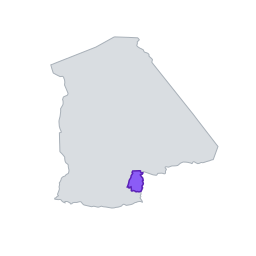 Naâma on a map of Algeria (orthographic projection), rotated 196°
{"feature_id": "DZA-2149", "entity_name": "Naâma", "entity_type": "Province", "adm_level": 1, "iso_a3": "DZA", "parent_name": "Algeria", "parent_adm1": "", "projection": "orthographic", "projection_center": [-0.771, 33.209], "detail": "fine", "context": "in_parent", "style": "filled", "palette": "violet", "viewbox_px": 256, "rotation_deg": 196, "n_neighbors": 0, "source": "natural_earth", "source_scale": "10m", "svg_char_len": 5051}
<svg xmlns="http://www.w3.org/2000/svg" viewBox="0 0 256 256"><g transform="rotate(196 128 128)"><path d="M178.7,39.4L179.0,39.9L179.0,40.4L178.3,40.9L177.9,41.2L177.4,42.5L176.4,43.4L176.3,43.7L176.3,44.0L177.1,44.3L177.3,44.6L177.5,45.1L177.3,46.9L177.1,50.0L177.2,50.7L177.6,51.5L177.9,52.1L178.1,52.8L178.1,54.6L178.6,55.6L178.9,56.5L178.4,57.7L178.2,58.8L178.1,60.3L178.2,61.2L177.8,62.1L177.3,62.9L176.7,63.5L176.0,64.0L175.2,64.6L174.6,66.2L173.1,67.6L172.8,68.1L172.8,69.1L172.9,70.5L173.3,71.6L174.2,73.2L175.0,75.0L175.2,75.9L175.5,76.3L176.5,76.8L178.2,77.5L178.5,77.8L179.4,78.9L180.4,81.1L180.8,82.6L183.8,84.7L186.8,86.4L187.0,86.7L189.1,93.4L189.9,95.8L192.6,104.4L191.8,105.0L190.9,105.7L191.7,106.8L193.2,108.6L194.1,110.1L194.5,110.7L195.2,112.6L195.9,114.5L196.1,115.0L196.4,116.5L196.5,120.5L197.3,125.5L198.1,128.0L197.5,130.3L197.0,132.5L197.1,133.6L197.6,135.3L198.1,136.5L198.7,137.1L198.7,139.2L198.6,140.0L197.2,141.3L195.6,142.5L195.2,143.4L195.1,144.4L195.4,145.1L200.8,151.8L201.0,152.5L201.3,154.5L202.3,156.9L203.2,157.9L203.6,158.7L204.3,159.3L204.9,159.6L205.3,159.6L207.4,158.7L211.2,159.4L214.8,160.2L215.1,160.4L217.5,164.0L219.6,167.4L181.2,196.9L176.9,201.2L166.7,211.4L165.9,211.9L151.9,215.4L144.6,217.1L144.3,217.2L143.9,217.3L143.6,217.3L142.9,217.0L142.2,216.5L141.7,216.2L141.5,215.8L141.8,215.2L142.2,214.6L142.3,214.2L142.5,213.9L142.8,213.6L142.8,213.2L142.6,212.7L142.3,211.8L142.3,210.3L142.3,209.6L141.6,209.1L140.3,208.5L139.1,208.2L138.6,208.0L137.3,207.9L135.5,207.5L134.8,207.3L133.7,205.9L133.1,205.5L130.4,205.4L129.5,205.2L128.8,204.9L128.1,204.4L127.8,203.7L127.7,203.0L127.4,202.7L124.5,201.3L123.7,200.8L123.3,200.3L123.3,199.6L123.3,198.7L123.2,197.9L123.1,197.6L72.0,161.2L69.3,159.3L63.3,154.8L36.4,135.0L37.3,121.9L37.4,121.2L37.5,121.0L38.4,120.6L39.9,119.6L40.4,119.1L41.1,118.7L43.4,117.3L43.9,116.9L46.2,115.4L46.8,115.2L48.0,115.1L48.5,114.8L49.2,114.1L50.2,113.4L50.9,113.1L51.0,113.0L51.4,113.0L53.4,113.3L54.3,113.6L55.3,113.8L55.6,113.7L55.9,113.5L56.3,112.9L56.4,112.3L56.5,111.7L56.8,111.4L57.2,111.4L57.8,111.6L59.0,111.6L59.4,111.5L60.8,111.5L62.8,111.2L65.6,110.5L66.9,109.5L68.0,108.5L69.0,107.0L69.9,105.7L71.5,104.9L72.9,104.4L73.6,104.2L75.4,103.6L78.3,101.5L80.7,101.3L81.0,101.1L81.4,100.8L81.4,100.1L81.0,99.7L80.5,99.4L80.2,99.1L79.8,99.1L79.7,98.8L79.8,98.2L79.9,97.7L80.1,97.2L80.0,96.4L79.7,95.7L79.6,95.1L79.7,94.6L79.9,94.2L80.4,94.0L80.9,93.9L81.7,94.0L83.1,93.9L86.7,92.7L86.9,92.3L87.2,91.4L87.4,90.7L87.8,90.4L88.0,90.3L90.9,89.9L91.5,89.9L96.7,90.2L101.3,90.4L101.7,90.2L101.7,89.6L101.4,88.6L101.6,87.9L102.2,87.3L103.0,86.6L102.6,85.8L102.0,85.3L101.1,84.6L100.6,84.3L99.8,83.5L99.4,82.6L99.0,80.7L98.4,79.6L98.0,78.2L98.4,75.8L97.8,74.3L97.7,73.7L97.7,72.9L97.9,71.6L97.8,69.8L97.2,67.9L97.5,67.3L97.7,66.9L97.6,66.6L97.0,66.0L96.7,65.5L96.9,65.1L97.2,64.4L97.2,64.1L96.2,63.3L94.5,61.9L94.0,61.3L93.8,60.6L95.4,60.8L96.3,60.7L98.2,59.9L99.7,58.7L100.9,58.1L102.0,56.8L102.9,56.0L104.3,55.1L108.2,53.2L108.8,53.2L110.1,53.6L111.2,53.5L112.0,52.8L112.8,51.2L114.1,50.2L115.7,49.2L117.9,48.3L119.3,47.4L121.5,46.6L127.2,46.0L130.1,45.5L132.1,45.5L134.0,44.1L135.0,43.6L139.3,43.4L141.3,42.3L149.0,41.9L149.9,42.2L150.9,42.7L152.5,43.9L153.3,44.1L154.3,43.8L156.6,42.4L159.2,41.6L160.6,40.8L161.1,39.7L162.3,39.2L163.1,40.0L165.9,40.6L167.6,40.2L168.3,39.9L167.9,38.7L169.7,38.9L171.1,39.4L172.7,40.5L173.6,40.6L175.3,39.9L178.7,39.4Z" fill="#d9dde1" stroke="#a8b0b8" stroke-width="1"/><path d="M101.3,89.0L101.4,88.1L101.5,87.7L101.7,87.4L101.9,87.3L102.2,87.3L102.5,87.1L102.8,86.9L103.3,86.4L103.2,86.2L100.9,84.4L100.3,84.2L100.1,83.9L99.0,82.0L99.3,81.8L99.4,81.7L99.5,81.5L99.5,81.4L99.5,81.2L99.5,80.8L99.3,80.7L99.1,80.5L98.9,80.3L98.7,80.0L98.6,79.7L98.4,79.4L98.0,79.0L98.0,78.7L98.0,77.7L98.2,77.2L98.3,76.7L98.6,76.2L98.5,75.9L98.2,75.0L98.1,74.9L97.9,74.8L97.6,74.7L97.5,74.3L97.6,74.2L97.8,74.0L97.8,73.9L97.8,73.5L97.7,73.0L97.7,72.5L98.1,70.9L98.1,70.7L99.7,69.7L100.0,69.6L100.3,69.6L100.7,69.6L100.9,69.6L101.5,69.5L101.7,69.4L101.8,69.3L102.4,69.1L102.5,69.0L102.6,68.9L102.8,69.0L103.1,69.1L103.3,69.1L103.5,69.0L103.8,69.2L104.0,69.3L104.3,69.4L104.9,69.4L105.3,69.4L105.5,69.3L105.7,69.2L106.2,68.8L106.6,68.6L106.9,68.5L107.0,68.5L107.4,68.6L107.5,68.7L107.6,68.8L107.8,69.3L107.7,69.5L107.7,69.8L107.8,70.0L108.4,71.2L108.6,71.8L108.6,72.0L108.8,72.3L108.9,72.2L109.0,71.9L109.3,71.9L109.3,71.7L109.6,71.3L109.9,71.0L110.0,71.0L110.0,70.9L110.5,70.8L110.5,70.7L110.8,70.7L111.1,70.7L111.2,70.8L111.3,71.0L111.3,71.3L111.3,71.5L111.8,71.5L112.1,71.2L112.3,71.1L112.5,71.1L112.4,71.5L112.2,73.5L112.2,75.2L112.4,77.7L112.3,78.3L112.3,78.7L111.8,80.2L111.7,80.8L111.6,81.2L111.6,81.4L111.8,83.2L111.8,83.3L111.7,83.5L111.0,85.4L111.0,85.7L111.1,85.9L111.2,86.1L111.3,86.2L111.6,86.2L111.8,86.3L111.8,86.6L111.8,86.9L111.8,87.3L111.6,88.0L104.8,90.2L104.4,90.2L104.2,90.2L104.0,89.6L103.9,89.4L103.8,89.2L103.7,89.1L103.3,88.9L103.1,88.9L102.6,88.9L101.4,89.0L101.3,89.0Z" fill="#8b5cf6" stroke="#5b21b6" stroke-width="1.5"/></g></svg>